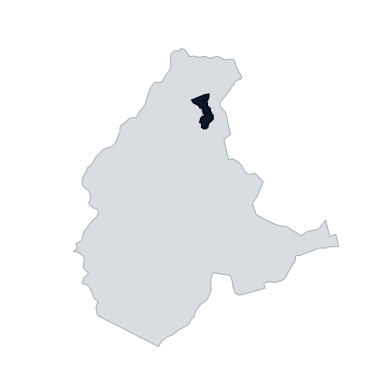 Aweil West, Northern Bahr el Ghazal, South Sudan (highlighted), rotated 76°
{"feature_id": "79223893B18780774215456", "entity_name": "Aweil West", "entity_type": "district", "adm_level": 2, "iso_a3": "SSD", "parent_name": "South Sudan", "parent_adm1": "Northern Bahr el Ghazal", "projection": "natural_earth1", "projection_center": [26.922, 8.906], "detail": "fine", "context": "in_parent", "style": "filled", "palette": "ink", "viewbox_px": 384, "rotation_deg": 76, "n_neighbors": 0, "source": "geoboundaries", "source_scale": "gbopen_adm2", "svg_char_len": 4309}
<svg xmlns="http://www.w3.org/2000/svg" viewBox="0 0 384 384"><g transform="rotate(76 192 192)"><path d="M301.0,299.7L290.6,311.8L289.9,312.5L288.6,313.4L284.4,313.5L280.0,312.9L276.0,309.7L272.0,312.2L269.4,312.9L267.8,313.2L264.2,313.6L259.1,314.9L256.8,316.5L255.6,317.8L254.6,320.2L254.0,320.4L253.1,320.1L251.8,319.2L249.1,317.8L247.7,314.8L246.4,313.0L245.4,312.0L241.1,315.0L239.0,315.7L237.3,315.6L234.1,314.0L230.7,312.5L228.9,312.5L226.2,314.3L223.2,317.0L221.6,319.7L220.9,321.3L219.8,318.8L218.8,317.3L217.3,316.7L214.4,317.3L213.7,316.5L213.6,314.4L213.2,312.5L212.4,311.1L210.2,309.6L204.4,306.7L200.0,300.9L197.7,298.3L196.1,296.5L193.8,292.0L191.2,288.8L188.0,287.4L185.9,288.1L183.7,291.5L179.6,294.6L177.7,294.7L175.3,293.0L172.3,291.8L166.9,291.3L164.7,292.8L161.7,295.2L159.3,296.6L157.7,296.8L156.3,296.2L154.7,295.9L153.2,295.8L150.3,293.6L148.8,292.0L147.8,290.5L146.2,289.4L144.3,288.5L142.9,287.1L142.2,285.4L141.2,283.2L139.7,281.2L135.3,277.6L134.0,275.5L133.1,273.4L131.3,271.1L129.3,268.0L128.7,263.6L128.6,260.0L128.2,258.3L127.4,256.6L126.5,255.2L124.9,253.6L121.3,251.3L117.6,248.6L115.8,247.1L112.4,246.5L110.4,245.0L108.7,241.6L108.0,238.9L106.3,236.8L105.5,235.3L105.1,233.5L106.5,228.2L104.5,226.3L101.6,223.9L99.5,221.2L98.2,218.8L94.4,215.5L86.2,210.7L81.5,207.6L78.9,204.8L76.6,202.1L76.4,200.9L77.9,198.2L78.1,196.0L76.9,193.5L72.0,188.9L68.1,183.8L65.1,182.2L57.9,180.7L55.9,180.2L53.7,179.2L51.6,176.9L50.9,174.2L52.0,169.8L51.3,168.5L50.1,168.1L50.4,167.2L51.8,165.1L54.0,163.7L59.9,161.6L60.2,160.7L60.4,158.0L60.8,156.7L62.9,152.9L63.2,151.4L63.3,148.2L63.5,146.7L64.1,145.6L65.8,143.7L66.3,142.6L66.6,140.1L66.4,135.3L67.2,133.4L71.0,128.9L72.0,127.0L72.3,125.2L72.3,123.4L72.5,121.6L73.6,119.9L74.5,119.4L77.3,118.8L79.1,119.2L92.2,116.1L93.7,116.6L94.4,118.4L94.4,121.2L94.6,122.6L95.3,123.6L97.3,124.9L98.8,127.2L99.5,128.1L101.6,129.6L111.4,142.6L114.1,143.9L116.8,143.4L122.0,140.7L124.7,140.0L143.1,140.8L145.2,140.4L145.3,140.5L148.2,147.0L149.5,148.5L169.8,148.6L169.4,146.7L169.6,144.6L173.2,140.6L173.7,140.1L176.8,138.2L179.9,137.0L185.7,135.5L187.9,133.1L189.1,130.9L189.1,126.7L189.9,126.0L191.3,125.0L198.0,121.2L199.2,120.4L211.2,129.2L218.0,136.2L218.4,136.6L218.7,136.7L219.1,136.5L219.4,136.1L220.2,135.8L223.1,135.7L228.5,135.4L230.3,134.5L241.2,122.1L244.0,118.1L244.7,117.3L246.3,114.4L247.9,109.5L248.2,109.0L260.2,97.3L260.6,96.3L260.7,95.6L258.9,91.7L258.5,89.7L258.4,86.6L258.7,81.8L258.6,78.8L258.4,77.9L251.6,69.1L268.5,69.1L268.5,68.0L268.4,67.6L268.1,66.6L267.9,65.2L267.9,64.5L268.0,63.8L268.0,63.4L268.0,63.0L268.0,62.9L268.1,62.7L280.2,62.9L280.0,65.3L278.6,71.1L278.7,74.5L278.3,78.4L277.9,79.6L277.3,80.6L277.1,81.0L277.1,81.5L279.7,103.4L279.5,104.3L278.9,105.7L278.7,106.2L278.7,106.5L279.0,106.7L284.6,109.1L284.8,109.3L285.0,109.5L287.1,112.3L298.2,122.7L298.5,123.2L299.7,126.5L299.8,127.0L299.9,127.8L299.8,128.4L299.6,130.4L299.7,131.2L299.9,131.8L300.0,132.5L299.9,133.2L298.3,137.0L297.8,139.7L297.6,141.9L297.7,143.2L297.9,144.1L298.1,144.4L298.2,144.5L303.0,144.5L303.0,145.8L303.7,165.6L303.7,167.8L303.6,170.6L303.0,171.7L301.7,173.3L300.0,174.7L295.7,175.1L292.1,175.0L289.6,174.7L286.1,174.6L282.9,174.9L281.7,176.1L277.4,186.6L276.1,189.3L275.7,190.8L276.1,191.7L277.8,193.0L281.5,194.9L285.8,196.0L288.9,196.5L291.1,197.0L292.8,197.6L298.8,202.3L300.7,204.6L301.8,206.5L302.1,208.6L303.0,210.7L308.5,217.3L313.7,220.4L315.7,223.9L317.7,225.6L319.5,227.5L320.5,230.2L322.8,238.1L324.4,242.3L325.9,245.7L326.6,251.2L327.8,253.7L329.1,256.7L331.2,259.4L333.5,261.5L333.9,262.0L311.3,287.8L301.0,299.7Z" fill="#d9dde1" stroke="#a8b0b8" stroke-width="1"/><path d="M133.5,165.4L133.8,162.6L132.8,162.9L132.8,161.0L132.0,161.2L131.9,160.7L129.4,159.2L126.6,154.2L125.8,153.8L124.9,154.6L125.3,153.6L122.4,153.1L121.8,154.1L121.1,154.7L120.0,153.9L117.5,154.8L115.4,154.1L111.9,156.4L108.8,155.4L106.4,158.3L106.8,154.8L104.5,153.1L101.1,152.0L100.8,156.2L102.8,170.0L105.8,168.9L109.5,164.7L112.3,163.9L113.4,161.0L114.1,161.1L114.8,162.0L115.5,162.2L116.2,161.6L118.8,162.0L118.9,159.4L119.6,159.6L121.1,161.8L121.4,163.9L122.6,165.7L126.3,167.6L127.6,165.4L128.2,166.2L130.9,166.5L131.2,167.0L131.5,166.7L131.4,166.1L131.8,166.0L132.2,166.3L133.5,165.4Z" fill="#0f172a" stroke="#020617" stroke-width="1.5"/></g></svg>